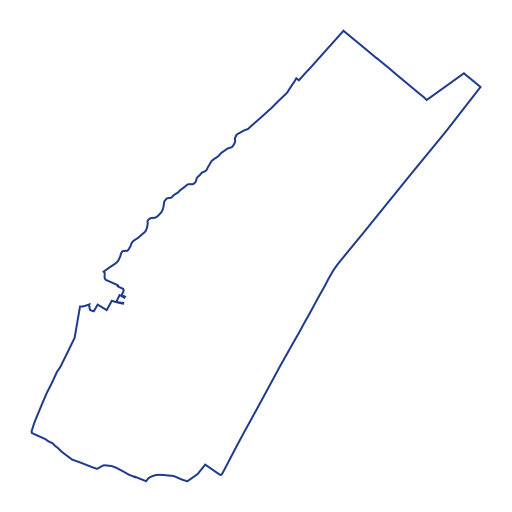 the district of Manasia, Ialomita, Romania
{"feature_id": "2599482B60853828676404", "entity_name": "Manasia", "entity_type": "district", "adm_level": 2, "iso_a3": "ROU", "parent_name": "Romania", "parent_adm1": "Ialomita", "projection": "mercator", "projection_center": [26.681, 44.722], "detail": "fine", "context": "isolated", "style": "outline", "palette": "blue", "viewbox_px": 512, "rotation_deg": 0, "n_neighbors": 0, "source": "geoboundaries", "source_scale": "gbopen_adm2", "svg_char_len": 4451}
<svg xmlns="http://www.w3.org/2000/svg" viewBox="0 0 512 512"><path d="M182.1,479.6L182.6,479.8L184.1,480.3L185.5,480.7L186.8,481.1L187.3,481.3L197.6,474.1L205.2,464.6L219.7,474.6L220.5,475.0L221.3,474.7L221.9,474.1L222.7,472.8L228.5,461.8L233.1,452.9L237.0,445.5L239.4,441.0L242.0,436.2L244.5,431.5L245.4,429.9L246.5,427.9L247.9,425.3L249.6,422.3L250.4,420.9L252.2,417.5L254.1,414.0L255.8,411.0L258.6,405.8L261.4,400.7L263.8,396.3L264.3,395.3L264.5,395.0L270.0,384.8L270.8,383.3L273.4,378.5L277.7,370.6L277.9,370.4L278.3,369.4L278.8,368.4L279.2,367.7L282.8,361.3L283.9,359.4L285.0,357.3L287.0,353.9L289.4,349.6L296.3,337.4L298.1,334.3L299.6,331.7L300.0,330.8L301.3,328.5L302.5,326.2L305.0,321.7L308.9,314.8L311.9,309.3L318.1,297.8L322.2,290.6L324.6,286.3L327.6,280.5L328.6,278.6L332.2,272.3L333.7,269.8L335.4,267.4L337.8,264.1L343.3,257.3L353.4,245.0L363.6,232.6L379.7,212.7L379.9,212.5L385.9,205.0L394.4,194.6L405.1,181.3L412.6,172.1L419.8,163.3L428.6,152.6L439.2,139.7L446.6,130.6L480.5,87.0L471.2,79.3L466.6,75.6L463.9,73.3L462.4,74.4L426.7,100.0L423.8,97.2L418.0,92.5L395.6,73.9L390.1,69.1L379.2,60.2L377.0,58.3L376.8,58.4L370.6,53.2L356.1,41.2L344.8,31.9L343.5,30.7L343.3,31.0L308.1,70.3L307.7,70.5L298.9,80.3L296.9,78.7L296.3,78.3L295.1,80.5L291.0,86.6L289.6,88.7L288.5,90.5L287.0,92.8L284.4,95.3L277.6,101.8L271.1,108.4L269.5,109.7L262.6,116.0L253.6,123.9L249.4,127.7L248.0,129.0L247.2,129.3L246.0,129.7L244.2,130.4L240.2,132.6L237.8,133.9L236.7,134.7L236.2,135.3L235.8,136.5L235.2,137.6L234.9,138.4L235.0,139.9L235.2,141.1L234.7,142.9L234.1,144.0L233.3,145.4L232.5,146.4L231.8,147.1L231.0,147.5L229.9,147.8L228.8,148.1L227.9,148.4L227.3,148.7L226.7,149.1L224.2,150.9L221.3,152.9L220.4,153.8L218.5,156.0L216.0,157.9L214.9,158.4L213.4,159.6L212.1,160.5L211.4,161.3L210.9,162.1L210.4,162.9L209.5,164.6L208.8,165.7L208.3,166.5L207.9,167.4L207.4,168.2L206.9,169.4L206.1,170.5L205.4,171.0L204.8,171.4L201.9,172.6L200.2,174.7L198.2,176.5L197.4,177.3L196.6,178.5L196.1,180.5L195.5,182.0L194.9,182.7L193.2,184.1L192.6,184.2L190.5,184.2L188.5,184.2L187.4,184.7L185.9,185.8L185.5,186.2L184.5,187.0L180.4,190.1L179.7,190.6L179.3,191.2L177.9,192.6L176.5,193.4L174.7,194.5L173.7,195.2L173.2,195.7L171.9,197.1L171.4,197.6L170.9,197.8L168.3,198.1L167.3,198.3L166.7,198.5L166.1,199.2L165.5,199.9L164.7,200.9L164.3,201.6L164.1,202.1L164.0,203.3L163.4,207.3L162.3,210.6L161.1,212.6L160.0,213.7L159.0,214.8L157.4,216.3L156.8,216.8L155.6,217.5L154.5,217.8L154.1,217.9L152.6,217.9L151.4,218.0L150.9,218.1L149.9,218.6L148.8,219.3L148.0,220.3L147.6,221.1L147.5,221.8L147.7,223.0L147.7,223.6L147.1,227.4L146.1,230.0L145.4,231.4L144.6,232.2L141.2,235.1L138.3,237.7L135.7,239.4L133.9,240.6L132.5,241.8L131.2,243.9L130.8,245.6L129.1,248.6L128.7,249.4L127.6,250.5L127.3,250.8L125.9,250.8L123.6,251.0L122.5,251.2L122.0,251.8L121.2,253.1L121.0,253.7L120.7,254.8L120.4,256.0L119.4,258.3L118.1,260.9L116.8,262.3L115.7,263.3L109.6,267.4L107.2,269.1L103.6,271.7L104.0,272.1L104.4,272.5L104.7,273.0L104.7,273.5L104.6,275.3L104.6,276.5L104.6,277.3L104.7,278.0L104.8,278.4L105.1,278.9L105.1,279.0L105.4,279.4L105.7,279.7L105.9,279.9L116.9,284.8L118.1,285.5L117.8,286.4L123.2,288.9L123.7,290.7L121.6,295.2L123.0,295.9L124.0,296.2L125.0,296.6L124.4,297.7L121.2,295.9L119.6,295.1L116.4,301.6L118.1,302.2L119.3,302.5L120.7,302.7L123.2,302.9L123.1,303.6L120.6,303.2L118.6,302.7L116.7,302.2L114.5,301.6L112.5,301.0L111.8,300.8L106.7,310.1L97.7,304.6L93.8,311.2L93.7,311.3L90.2,310.1L89.7,309.1L89.5,306.9L89.0,305.9L89.4,304.4L87.5,305.1L85.5,305.7L84.5,306.1L83.8,306.2L83.1,306.4L80.0,306.6L74.6,337.9L68.1,351.2L61.6,364.4L60.5,366.7L56.9,372.0L52.9,380.8L51.9,382.9L46.8,392.9L43.1,401.5L36.7,416.9L34.7,421.8L33.6,425.0L31.5,431.7L32.0,433.1L45.3,439.1L46.4,439.8L47.7,440.9L49.0,441.6L50.2,442.2L50.9,442.5L51.6,442.7L52.6,443.3L53.2,443.9L53.8,444.6L54.5,445.3L55.5,446.2L56.1,446.7L57.7,447.8L59.2,449.3L60.7,450.8L62.5,452.3L64.1,453.6L72.1,459.6L79.0,462.0L92.0,467.1L96.8,468.8L97.2,468.8L98.6,468.0L100.0,467.2L101.8,466.2L103.3,465.5L103.7,465.3L105.6,465.3L107.7,465.6L109.4,465.8L111.9,466.1L113.7,466.8L115.6,467.5L117.9,468.6L122.2,470.9L128.7,474.6L131.7,475.8L134.8,477.1L134.9,476.7L146.1,481.2L148.1,478.6L149.8,477.3L152.7,476.0L155.5,475.1L157.6,474.9L159.4,474.9L161.2,474.9L164.6,475.1L167.1,475.4L169.7,475.6L172.8,475.9L173.9,476.2L174.9,476.5L177.0,477.4L178.0,477.9L179.0,478.3L180.1,478.8L182.1,479.6Z" fill="none" stroke="#1e3a8a" stroke-width="2"/></svg>